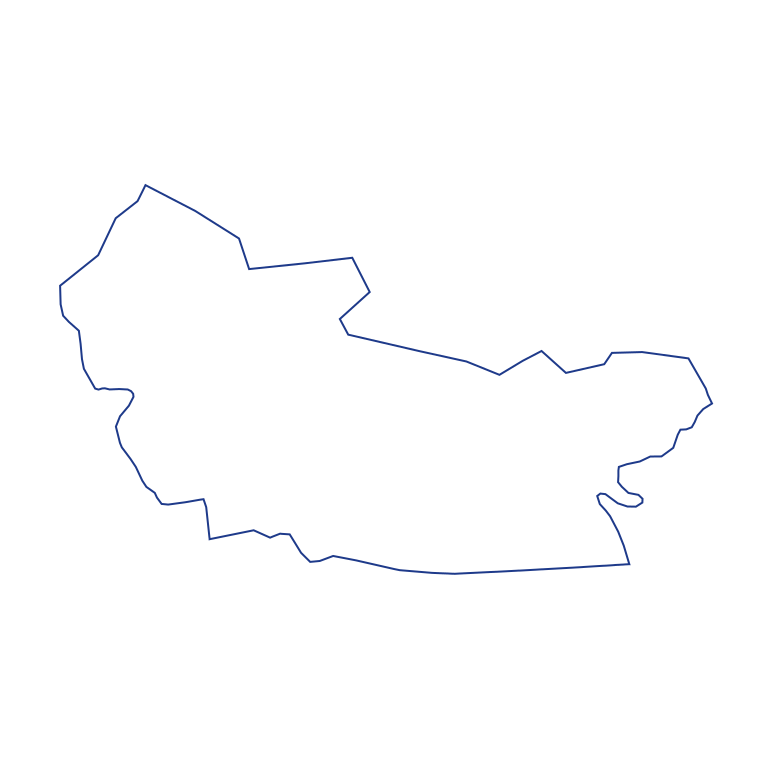 the district of Kubum, Southern Darfur, Sudan, rotated 273°
{"feature_id": "16777658B37095470254890", "entity_name": "Kubum", "entity_type": "district", "adm_level": 2, "iso_a3": "SDN", "parent_name": "Sudan", "parent_adm1": "Southern Darfur", "projection": "robinson", "projection_center": [23.862, 11.742], "detail": "fine", "context": "isolated", "style": "outline", "palette": "blue", "viewbox_px": 768, "rotation_deg": 273, "n_neighbors": 0, "source": "geoboundaries", "source_scale": "gbopen_adm2", "svg_char_len": 2123}
<svg xmlns="http://www.w3.org/2000/svg" viewBox="0 0 768 768"><g transform="rotate(273 384 384)"><path d="M556.6,129.6L553.7,128.3L535.5,107.4L497.6,91.8L465.2,55.4L446.6,56.9L435.4,60.0L429.5,66.1L421.2,76.5L408.3,78.9L393.0,81.1L383.5,83.5L364.3,95.8L363.5,99.2L364.8,102.8L365.1,105.5L364.2,110.3L365.1,119.9L365.1,128.4L363.6,131.8L361.1,134.0L358.1,134.5L349.0,130.4L338.0,122.1L327.4,118.5L311.4,123.4L307.0,125.5L296.0,134.7L288.2,140.5L274.8,147.7L268.8,152.1L263.3,160.8L258.7,163.2L252.6,168.2L252.3,174.8L255.5,191.7L256.1,194.4L258.9,206.6L259.5,209.8L251.7,212.9L222.3,217.6L220.0,218.0L219.9,218.0L231.1,261.5L224.6,278.3L225.8,280.8L229.1,288.1L229.0,289.7L228.9,297.7L225.6,300.0L217.5,305.6L211.1,310.0L208.4,313.0L202.5,319.6L203.2,324.4L203.9,329.1L209.6,342.2L208.0,353.9L206.4,365.4L199.7,404.1L198.9,409.5L197.9,441.9L198.0,452.1L198.1,457.4L198.1,462.2L198.2,465.0L198.6,468.6L201.8,500.1L202.4,506.5L203.1,513.2L204.7,528.3L204.8,529.7L206.5,545.2L207.0,549.5L207.3,552.6L209.2,570.1L210.5,582.3L210.8,584.9L211.0,586.7L211.5,591.3L211.7,592.7L213.3,606.6L213.5,608.4L214.0,613.0L214.2,615.2L214.4,616.8L214.8,620.3L214.9,621.1L215.1,622.6L215.2,623.6L215.3,623.9L215.5,625.7L215.7,627.7L215.7,628.0L215.9,629.4L216.0,630.4L216.1,631.1L216.1,631.3L216.1,631.6L216.3,633.0L216.6,635.4L216.6,635.7L216.6,636.0L216.7,636.4L216.8,637.4L216.9,638.0L216.9,638.4L235.1,631.9L248.8,625.6L263.8,616.7L269.2,612.1L275.4,605.8L283.3,602.8L285.9,605.8L285.6,610.9L281.2,617.5L277.1,623.7L274.4,633.5L274.7,642.0L279.1,648.2L282.9,648.2L286.6,643.9L288.0,633.8L293.8,626.9L298.2,622.9L304.3,622.9L309.9,622.6L313.5,622.9L316.6,630.7L320.0,643.5L325.5,653.7L326.2,664.9L335.4,676.2L348.7,680.0L353.9,682.4L354.5,688.2L356.9,693.6L362.3,696.3L368.9,698.7L375.7,704.1L381.7,712.6L390.1,708.0L396.3,705.6L425.5,686.7L429.4,640.1L427.0,610.0L415.3,602.9L404.6,565.1L425.2,539.6L414.4,521.3L399.2,498.8L410.8,465.1L418.7,417.5L431.4,345.7L446.6,336.5L475.1,364.9L508.4,345.7L500.4,298.8L491.7,243.3L521.7,231.6L546.9,186.5L570.1,135.4L564.2,132.9L556.6,129.6Z" fill="none" stroke="#1e3a8a" stroke-width="2"/></g></svg>